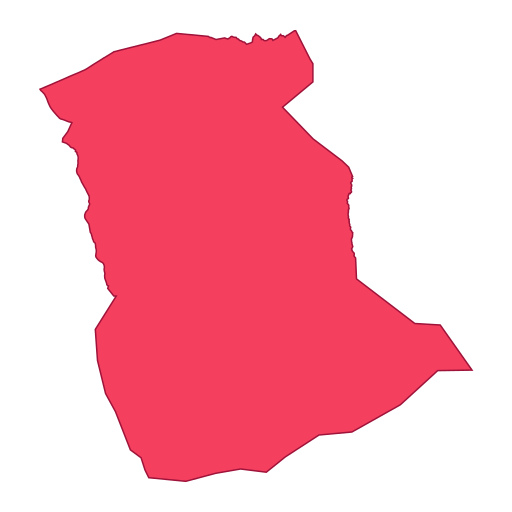 outline of Bayan-Uul, Dornod, Mongolia
{"feature_id": "93677404B89192835653586", "entity_name": "Bayan-Uul", "entity_type": "district", "adm_level": 2, "iso_a3": "MNG", "parent_name": "Mongolia", "parent_adm1": "Dornod", "projection": "orthographic", "projection_center": [112.71, 49.077], "detail": "fine", "context": "isolated", "style": "filled", "palette": "rose", "viewbox_px": 512, "rotation_deg": 0, "n_neighbors": 0, "source": "geoboundaries", "source_scale": "gbopen_adm2", "svg_char_len": 5760}
<svg xmlns="http://www.w3.org/2000/svg" viewBox="0 0 512 512"><path d="M437.7,370.6L472.0,370.1L440.2,325.0L414.8,323.5L356.5,278.9L355.6,258.0L354.1,256.2L353.9,255.6L354.2,255.2L354.2,254.4L354.3,253.9L354.2,253.5L354.0,253.2L353.9,252.8L353.6,252.5L353.2,252.2L352.9,251.8L352.7,251.7L352.5,251.3L352.4,251.1L352.4,250.9L352.3,250.7L352.1,250.6L351.9,250.4L351.9,249.8L351.9,249.4L351.6,248.8L351.7,248.6L351.8,248.4L352.1,248.1L352.2,247.8L352.3,247.6L352.4,247.4L352.7,246.8L352.8,246.6L352.7,246.3L352.5,246.0L352.5,245.9L352.5,245.5L352.4,245.2L352.2,244.9L352.2,244.6L352.0,244.3L351.9,243.9L352.0,243.3L351.9,242.8L351.9,242.5L351.7,242.3L351.6,242.1L351.6,241.8L351.6,241.5L351.6,241.2L351.5,240.2L351.4,239.4L351.4,239.1L351.6,238.7L351.8,238.5L351.8,238.1L351.9,237.8L352.0,237.7L352.2,237.4L352.3,237.2L352.5,236.7L352.5,236.2L352.5,235.5L352.6,234.7L352.6,233.4L352.8,232.8L352.6,232.6L352.2,232.2L352.0,231.8L351.5,230.8L351.1,230.3L350.8,230.0L350.5,229.5L350.4,229.1L350.4,228.7L350.5,228.2L350.7,227.7L350.7,227.4L350.7,227.1L350.5,226.8L350.3,226.6L349.8,226.0L349.7,225.8L349.6,225.6L349.7,225.1L349.8,224.5L349.7,224.3L349.6,223.9L349.4,223.5L349.2,222.8L349.2,222.5L349.2,222.3L349.2,222.1L349.3,222.0L349.3,221.8L349.1,221.5L349.2,220.7L349.1,220.4L349.0,220.2L349.1,219.9L349.2,219.5L349.2,219.3L349.0,219.0L348.7,218.9L348.5,218.6L348.5,218.3L348.5,218.1L348.5,217.8L348.3,217.6L348.3,217.3L348.4,216.8L348.5,216.5L348.5,216.3L348.4,216.0L348.3,215.7L348.1,215.3L348.1,215.1L348.1,214.8L348.2,213.6L348.2,213.3L348.2,212.5L348.4,212.2L348.5,212.0L348.3,211.4L348.3,211.1L348.4,210.8L348.5,210.6L348.3,210.2L348.3,209.9L348.5,209.5L348.7,209.3L348.7,209.1L349.0,208.8L349.0,208.6L349.1,208.2L348.8,207.7L348.7,206.7L348.8,206.0L348.8,205.8L348.8,205.5L348.6,205.2L348.5,204.9L348.5,204.6L348.4,204.4L347.9,204.1L347.6,203.8L347.3,203.5L347.3,203.2L347.4,202.8L347.5,202.0L347.6,201.7L347.5,201.2L347.2,200.9L346.9,200.5L346.9,200.1L346.9,199.8L347.0,199.6L347.2,199.3L347.7,198.9L348.3,198.6L348.4,198.3L348.5,198.0L348.3,197.5L348.1,197.1L348.1,196.8L348.1,196.5L348.2,196.2L348.2,195.7L348.3,195.5L348.6,195.2L348.6,194.6L348.8,194.3L348.9,194.1L349.0,193.8L349.1,193.5L349.3,193.4L349.6,193.5L349.9,193.6L350.0,193.7L350.3,193.5L350.3,193.0L350.6,192.7L350.9,192.6L351.3,192.4L351.5,192.1L351.5,191.7L351.5,191.4L351.5,191.2L351.3,190.9L351.1,190.6L350.9,190.1L351.0,189.7L351.1,189.4L351.5,188.9L351.5,188.7L351.4,188.1L351.2,187.8L351.2,187.5L351.3,187.1L351.3,186.7L351.5,186.4L351.7,186.2L351.8,185.9L351.6,185.4L351.5,185.2L351.6,184.5L351.1,183.8L350.8,183.3L350.7,183.1L350.7,182.8L350.9,182.5L350.9,182.3L351.1,182.2L351.3,182.0L352.0,181.5L352.1,181.3L352.2,181.0L352.1,180.3L352.0,179.6L352.1,179.2L352.1,178.9L352.2,178.7L352.6,178.5L352.7,178.4L352.3,178.1L351.9,177.9L351.8,177.7L351.9,177.3L352.1,176.7L352.6,176.5L348.7,167.2L342.1,160.9L313.1,138.9L282.5,107.2L312.9,81.9L312.9,63.7L310.0,59.0L295.7,30.7L294.3,30.8L287.5,35.3L286.6,35.5L285.1,37.3L284.5,36.6L283.2,35.7L282.9,35.7L282.0,35.8L281.4,35.7L280.7,34.4L280.0,35.1L279.2,35.8L278.8,36.2L278.6,36.5L278.2,37.4L277.7,37.9L272.9,40.4L272.5,39.4L272.1,39.0L271.6,38.8L269.4,38.7L269.1,38.8L267.8,39.8L266.6,40.5L266.2,40.6L264.9,40.7L264.1,40.5L263.7,40.2L263.4,39.8L262.9,39.4L262.5,39.4L261.4,39.5L261.2,38.6L260.8,37.9L259.6,36.7L257.6,35.3L256.9,35.2L255.7,33.9L254.6,35.9L253.9,36.5L253.1,37.2L252.7,39.3L252.5,39.8L252.5,41.3L252.4,41.8L252.0,42.2L250.1,43.2L249.8,43.2L246.6,44.3L244.5,42.1L243.0,42.0L242.0,41.3L241.0,40.8L239.7,40.5L238.4,39.0L237.2,38.8L236.2,37.4L233.6,37.2L231.9,36.3L230.8,36.7L230.5,37.1L229.8,37.8L227.7,39.0L226.7,38.6L225.7,38.4L224.8,37.9L216.0,39.5L210.9,37.4L210.1,37.6L208.3,36.4L206.3,36.2L190.8,34.7L188.2,34.5L176.5,33.4L170.7,35.8L169.7,36.2L160.1,40.1L146.1,43.7L139.5,45.3L136.5,46.1L133.6,46.8L130.7,47.5L126.8,48.5L122.9,49.5L121.9,49.7L118.9,50.5L115.1,51.5L114.0,51.7L112.3,52.8L108.1,55.4L106.4,56.4L104.7,57.5L103.6,58.0L102.5,58.8L93.8,64.2L87.2,68.5L84.6,70.0L81.5,71.3L78.7,72.6L74.1,74.5L69.8,76.3L64.5,78.7L56.1,82.3L54.3,83.1L52.3,84.0L47.1,86.2L40.0,89.2L40.7,90.4L41.3,90.9L42.3,91.8L44.5,94.2L45.2,95.4L45.7,96.5L46.2,97.4L46.9,99.0L47.3,100.1L48.0,102.1L48.9,104.2L50.1,106.8L51.4,108.8L53.5,111.5L56.3,114.7L57.0,115.5L58.1,116.6L59.5,118.2L60.8,119.0L62.8,119.5L65.2,120.4L67.9,121.5L69.0,121.9L70.7,122.2L71.9,122.6L67.8,131.6L62.8,138.3L62.4,141.9L66.2,143.2L66.7,143.5L67.8,144.4L68.7,144.9L69.7,146.0L70.6,147.1L72.0,147.8L73.3,148.0L74.0,148.9L74.7,149.3L75.6,150.1L75.4,151.5L76.8,152.3L76.9,153.5L77.2,154.4L77.9,155.8L78.2,157.4L78.1,159.3L77.9,160.7L78.0,162.2L78.0,163.7L77.7,165.2L77.7,166.7L77.2,167.8L76.8,168.7L76.6,170.1L76.7,171.9L77.3,173.8L78.5,175.4L79.5,177.0L79.8,177.9L81.1,180.6L81.5,181.9L82.0,182.7L84.6,187.4L85.5,188.7L86.2,190.3L87.3,192.6L88.4,194.7L89.1,196.1L89.3,197.9L89.2,200.0L88.7,201.0L88.8,202.0L89.6,203.5L89.6,204.4L89.1,205.4L88.4,207.1L88.3,208.8L87.5,210.1L86.0,211.7L85.3,213.1L84.7,215.0L84.7,216.6L84.9,217.9L85.4,218.9L88.9,224.1L90.2,231.8L90.4,232.6L91.0,233.2L91.4,234.2L91.7,235.6L92.1,236.8L92.5,238.6L93.2,240.2L93.7,241.8L94.9,242.8L95.3,243.6L95.6,245.6L95.6,247.2L96.2,249.5L96.3,251.6L96.0,253.6L95.7,255.8L95.9,256.9L97.0,258.5L98.3,260.0L99.6,261.0L100.9,261.8L102.4,262.5L103.4,263.6L104.2,265.5L104.4,267.5L104.1,269.1L104.3,271.1L104.9,273.3L104.6,275.8L104.8,278.2L105.4,279.9L106.1,281.8L106.5,282.9L106.8,284.5L107.3,285.4L108.5,286.0L107.7,288.4L113.8,296.0L116.2,296.1L95.3,329.4L97.5,360.5L105.6,393.6L115.5,411.7L130.4,449.9L141.1,457.8L145.0,470.0L148.8,477.7L185.8,481.3L215.7,473.3L240.6,469.0L266.3,472.2L285.3,456.9L319.0,435.0L351.9,432.0L400.3,404.8L437.7,370.6Z" fill="#f43f5e" stroke="#9f1239" stroke-width="1.5"/></svg>